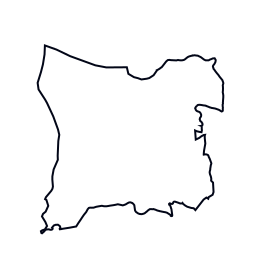 outline of Kota Prabumulih, Sumatera Selatan, Indonesia, rotated 262°
{"feature_id": "22746128B13695709263199", "entity_name": "Kota Prabumulih", "entity_type": "district", "adm_level": 2, "iso_a3": "IDN", "parent_name": "Indonesia", "parent_adm1": "Sumatera Selatan", "projection": "orthographic", "projection_center": [104.198, -3.455], "detail": "fine", "context": "isolated", "style": "outline", "palette": "ink", "viewbox_px": 256, "rotation_deg": 262, "n_neighbors": 0, "source": "geoboundaries", "source_scale": "gbopen_adm2", "svg_char_len": 5641}
<svg xmlns="http://www.w3.org/2000/svg" viewBox="0 0 256 256"><g transform="rotate(262 128 128)"><path d="M106.3,54.1L97.3,48.6L90.7,46.4L87.4,45.9L80.4,45.5L78.3,44.7L76.5,43.3L70.9,37.1L69.1,36.0L68.1,37.2L62.0,38.2L56.6,34.8L54.8,31.9L52.4,30.5L46.4,33.1L42.2,34.2L39.1,31.5L38.6,28.8L37.9,27.4L36.1,27.6L35.7,28.2L37.1,30.4L38.7,32.2L38.8,33.7L38.7,35.4L38.0,37.0L37.9,38.3L38.3,39.1L39.1,39.4L39.9,38.9L41.8,41.0L42.2,42.7L42.0,45.1L40.4,46.8L38.9,47.2L37.7,46.3L37.2,46.4L37.2,46.7L37.2,48.3L37.3,49.2L37.4,56.1L37.7,63.0L40.9,65.7L43.4,68.0L45.9,70.2L48.2,72.3L50.6,74.9L53.2,76.8L54.3,78.1L54.4,79.3L54.1,81.1L53.9,82.8L54.4,85.6L54.5,87.8L54.6,91.3L53.9,93.2L53.5,95.6L53.5,97.4L53.6,99.8L53.6,102.6L53.7,105.0L53.9,107.3L53.5,108.4L52.9,110.0L52.1,112.1L52.4,113.8L52.7,115.1L53.6,117.1L54.1,118.6L54.1,119.1L54.1,119.4L54.1,119.6L54.1,119.8L54.0,120.1L53.9,120.3L53.8,120.6L53.6,120.9L53.4,121.2L53.3,121.4L53.3,121.5L53.1,121.7L53.1,121.8L52.8,122.1L52.6,122.3L52.2,122.6L51.9,122.8L51.6,123.0L51.2,123.2L50.9,123.4L50.7,123.5L49.9,123.5L49.6,123.5L48.1,123.5L47.7,123.5L47.1,123.5L46.2,123.5L45.5,123.5L44.6,123.8L43.7,124.3L43.4,124.6L43.2,124.8L43.0,125.1L42.2,125.9L41.8,126.5L41.5,127.1L41.2,127.6L41.1,128.3L40.9,128.8L40.9,129.0L40.8,129.6L40.8,130.1L40.9,130.5L40.9,130.8L40.9,131.1L41.0,131.7L41.1,131.9L41.1,132.1L41.2,132.4L41.4,132.9L41.7,133.4L42.0,133.8L42.1,134.1L42.4,134.5L42.5,134.8L42.8,135.2L43.5,136.2L43.7,136.5L44.2,137.5L44.5,138.1L44.6,138.4L44.6,138.5L44.1,141.6L44.2,141.9L44.1,142.1L43.6,143.1L43.2,144.0L42.5,145.0L42.2,145.7L42.0,146.0L41.9,146.4L41.7,146.8L41.6,147.0L41.5,147.4L41.3,147.8L41.2,147.9L41.1,148.2L41.0,148.6L40.8,149.2L40.6,149.6L40.4,150.2L40.1,151.1L39.9,151.6L39.3,153.5L38.9,154.3L38.7,154.7L38.5,155.1L37.9,155.7L37.4,156.3L37.0,156.8L36.6,157.2L36.4,157.5L36.2,157.7L35.9,158.1L35.4,158.1L35.1,158.1L34.8,158.4L34.7,158.8L34.7,159.3L34.9,159.5L35.1,159.6L35.4,159.6L35.6,159.7L35.9,159.7L36.1,159.7L36.3,159.7L36.9,159.7L37.0,159.7L38.1,159.7L38.7,159.7L39.1,159.7L39.5,159.7L40.6,159.7L41.0,159.7L41.7,159.7L42.4,159.5L42.5,159.5L43.2,159.4L43.4,159.4L44.3,159.2L44.9,159.1L46.0,158.6L46.3,158.5L46.4,158.1L46.8,158.1L47.1,158.1L47.4,158.5L47.6,158.9L47.2,159.6L46.9,160.3L46.7,160.8L46.7,161.2L46.7,161.4L46.9,161.8L47.1,162.0L47.3,162.1L47.6,162.2L47.8,162.3L48.0,162.5L48.3,162.7L48.4,162.8L48.6,163.2L48.6,163.4L48.6,163.7L48.6,164.1L48.5,164.4L48.4,164.6L48.2,164.9L48.1,165.1L48.0,165.4L47.2,167.0L46.7,167.9L46.4,168.4L46.2,168.7L46.1,169.0L46.0,169.3L45.9,169.8L45.9,170.4L45.8,170.8L45.8,171.2L45.9,171.5L46.0,171.6L45.4,171.8L43.3,173.8L41.8,175.7L40.0,179.6L39.4,181.9L37.3,183.3L46.6,192.9L48.2,195.9L46.8,197.6L48.3,198.2L50.1,202.5L52.7,203.8L62.1,204.6L63.1,203.9L63.7,203.3L64.5,203.0L64.9,203.1L65.4,203.3L66.1,203.4L67.1,203.4L68.3,203.3L69.4,203.1L70.5,202.8L71.5,202.7L72.0,202.7L72.3,202.7L72.9,202.7L74.1,203.1L75.2,203.6L76.3,203.8L77.9,204.3L79.6,204.8L80.8,205.4L81.3,205.6L81.6,205.6L82.6,205.4L83.9,205.1L84.9,204.9L86.3,204.6L87.4,204.2L87.9,204.0L88.7,203.9L89.5,203.7L90.1,203.4L90.4,202.9L90.8,202.3L91.0,201.7L91.2,200.5L91.1,199.6L91.1,199.3L91.3,199.3L94.8,200.1L101.8,202.4L107.1,202.6L109.7,202.9L110.5,203.3L110.5,201.9L109.6,199.5L108.3,197.2L107.1,193.5L116.2,194.1L115.2,195.7L114.1,198.5L113.6,200.2L114.2,200.4L115.6,200.9L116.8,200.9L118.1,201.1L119.4,201.2L119.3,201.7L119.9,200.7L119.9,200.8L120.0,201.2L120.4,201.8L120.4,202.0L120.8,202.2L121.0,202.3L121.4,202.3L122.3,202.3L122.9,201.9L123.6,201.7L124.1,201.2L124.5,201.0L124.9,200.5L125.8,200.4L126.6,200.2L127.2,200.4L128.1,200.8L128.4,201.1L128.9,201.6L129.1,201.7L129.5,202.0L130.3,202.2L130.8,202.3L131.8,202.1L132.5,201.9L133.6,201.3L134.2,200.5L134.7,199.4L135.2,198.6L135.9,198.0L136.7,197.6L137.3,197.5L137.9,197.5L138.1,197.3L138.7,197.5L139.6,198.3L140.3,199.2L140.5,199.3L140.4,199.3L141.0,200.2L141.0,200.3L141.1,200.8L141.0,202.2L141.0,202.3L140.6,203.7L140.4,204.4L140.0,205.5L139.8,206.2L139.8,206.3L139.4,207.8L139.3,208.0L139.0,208.6L138.9,208.6L138.7,209.0L138.5,209.3L138.4,209.5L137.9,210.5L137.7,210.8L136.9,212.1L136.9,212.3L136.3,213.5L136.2,213.7L136.0,214.4L135.8,215.1L135.5,215.9L135.3,216.7L135.0,217.3L134.5,218.4L134.0,219.2L133.8,219.7L133.5,220.3L132.5,221.6L131.9,222.2L131.3,223.1L131.6,224.0L132.1,224.3L133.4,224.5L134.2,224.6L134.9,224.8L135.9,224.8L136.4,224.8L137.1,224.9L137.8,224.9L138.2,225.1L138.7,225.3L139.2,225.5L140.1,225.5L141.2,225.8L141.9,225.9L143.2,226.2L145.0,226.6L147.0,226.9L148.8,226.9L150.2,226.8L151.8,227.2L154.1,227.6L156.4,227.8L157.1,227.8L158.9,228.6L159.8,228.6L160.8,228.4L162.3,228.1L165.9,225.9L168.1,224.8L169.8,223.7L171.9,222.5L173.7,221.6L174.8,220.9L175.7,220.9L176.9,220.6L178.0,221.0L179.2,222.3L180.9,223.6L182.2,224.1L183.1,224.3L184.3,223.8L185.0,223.5L185.1,221.7L184.6,219.9L184.4,218.8L183.8,217.3L184.0,215.7L184.2,214.3L185.1,212.9L186.8,211.2L188.1,209.9L189.0,208.5L189.9,207.2L190.3,205.6L190.8,203.9L190.7,202.2L190.7,201.6L190.8,201.6L190.6,200.3L190.4,198.6L189.9,197.0L189.1,195.6L188.1,194.0L187.6,192.7L187.5,190.9L187.7,189.4L188.1,187.8L188.4,187.0L188.2,185.3L188.5,183.8L188.9,181.7L189.2,180.1L189.7,178.4L189.7,176.8L188.6,175.1L184.6,171.0L183.5,169.8L183.5,169.7L183.1,168.9L182.3,167.5L181.5,165.6L181.2,164.5L180.8,164.5L176.7,160.7L174.5,156.0L174.2,153.5L174.2,148.1L176.0,144.7L177.5,141.0L181.6,135.9L188.3,135.3L191.0,115.0L194.6,104.4L207.2,80.7L215.6,68.1L221.3,57.2L212.5,55.6L202.8,52.6L195.5,49.6L185.3,44.8L178.6,44.8L167.6,49.9L164.0,51.3L149.9,55.6L136.2,58.5L130.8,59.0L124.9,57.2L110.3,54.5L106.3,54.1Z" fill="none" stroke="#020617" stroke-width="2"/></g></svg>